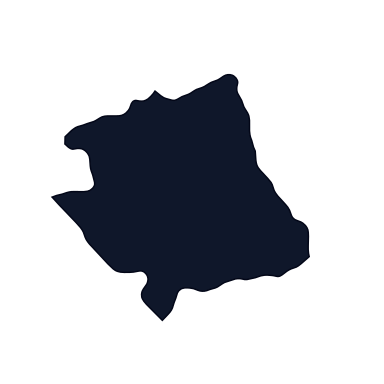 Castillo, Duarte, Dominican Republic (Mercator projection), rotated 46°
{"feature_id": "3306468B31891639272972", "entity_name": "Castillo", "entity_type": "district", "adm_level": 2, "iso_a3": "DOM", "parent_name": "Dominican Republic", "parent_adm1": "Duarte", "projection": "mercator", "projection_center": [-70.034, 19.235], "detail": "fine", "context": "isolated", "style": "filled", "palette": "ink", "viewbox_px": 384, "rotation_deg": 46, "n_neighbors": 0, "source": "geoboundaries", "source_scale": "gbopen_adm2", "svg_char_len": 2938}
<svg xmlns="http://www.w3.org/2000/svg" viewBox="0 0 384 384"><g transform="rotate(46 192 192)"><path d="M319.9,152.6L317.2,150.9L314.1,148.4L311.3,145.7L304.8,139.1L301.9,136.5L299.8,135.0L297.5,134.1L295.1,133.7L291.5,133.9L289.2,134.5L285.4,136.3L283.5,137.1L282.4,137.3L280.1,137.4L278.0,136.8L273.1,134.6L269.6,133.7L265.9,133.4L254.5,133.1L250.8,132.6L248.4,132.0L247.4,131.6L242.4,129.2L240.0,128.5L234.8,128.1L224.2,127.9L220.3,127.5L217.8,126.7L215.6,125.5L213.5,124.0L206.5,118.1L202.5,116.6L196.5,113.3L193.3,111.9L191.1,110.6L188.0,108.2L180.3,100.8L177.1,98.5L176.0,97.9L173.7,97.1L169.0,96.1L166.7,95.5L160.6,92.7L152.6,90.6L150.6,89.6L148.9,88.2L147.5,86.7L145.3,83.4L144.6,82.7L143.7,82.1L142.7,81.7L140.6,81.2L138.3,81.3L137.1,81.5L136.0,81.9L134.1,83.1L132.5,84.7L131.3,86.7L130.6,88.9L129.8,93.6L129.2,95.9L126.5,102.0L125.9,104.3L124.6,110.2L123.8,112.4L121.4,117.5L120.8,119.8L119.9,124.5L119.2,126.8L116.5,132.9L115.1,138.3L114.3,140.3L113.7,141.2L112.1,142.6L106.7,145.8L104.6,146.8L101.1,147.6L93.7,148.5L94.3,151.5L94.6,155.3L94.5,159.0L93.9,161.4L93.0,163.5L91.7,165.1L90.2,166.5L87.2,168.7L86.6,169.4L86.2,170.3L85.9,171.2L85.9,172.2L86.3,174.2L88.5,178.7L89.1,181.0L89.3,184.6L88.9,187.0L88.0,189.4L86.6,191.5L84.8,193.5L78.4,200.2L76.8,202.2L75.5,204.5L74.8,206.8L73.8,211.4L73.1,213.7L70.1,219.7L68.2,224.0L65.6,228.9L64.8,231.1L64.4,233.5L64.1,236.0L64.1,244.9L69.2,250.1L73.9,249.8L76.0,249.3L77.0,248.9L77.9,248.4L78.6,247.7L80.9,244.4L82.3,242.9L84.0,241.5L85.0,241.0L86.1,240.6L88.4,240.1L90.8,240.1L92.0,240.3L94.4,240.9L95.5,241.5L97.6,242.9L102.5,247.0L104.5,248.5L106.6,249.7L110.8,251.6L117.3,255.3L118.9,256.7L119.5,257.7L119.9,258.7L120.3,260.9L120.1,263.2L119.9,264.4L118.9,266.6L116.7,269.5L109.7,276.7L108.0,278.5L106.6,280.5L105.4,282.6L103.4,286.8L100.5,291.7L98.5,296.2L109.3,296.5L133.2,296.6L140.1,296.9L142.8,297.3L145.4,298.0L150.4,300.3L152.7,301.1L155.4,301.6L158.2,301.9L185.4,302.4L192.5,302.1L195.2,301.6L196.5,301.1L197.7,300.5L199.9,299.1L202.8,296.5L206.5,292.6L209.0,289.6L212.1,284.9L213.5,283.3L215.4,282.3L216.5,282.0L218.7,281.9L221.0,282.3L222.1,282.8L224.0,284.0L225.4,285.7L226.5,287.6L226.9,288.7L228.0,294.3L228.7,296.5L229.2,297.5L230.5,299.3L232.3,300.8L233.2,301.4L234.5,301.9L237.1,302.5L241.2,302.8L263.7,302.5L263.3,293.7L263.1,291.2L262.6,288.8L261.8,286.6L259.1,281.7L257.1,277.4L254.5,272.7L253.9,270.5L253.9,269.3L254.2,266.9L254.7,265.8L256.0,263.7L257.7,261.9L259.6,260.2L262.6,258.0L266.8,256.0L268.8,254.9L270.5,253.5L272.0,251.8L273.2,249.9L274.6,246.7L277.2,241.8L278.0,239.6L279.1,233.7L279.7,231.3L284.7,221.1L286.0,219.4L287.5,217.8L289.2,216.5L291.7,214.8L293.1,213.3L297.6,206.0L300.1,200.7L302.2,197.6L303.9,195.7L306.7,193.2L308.5,191.7L312.0,189.3L312.7,188.6L313.3,187.7L313.7,186.7L314.2,184.6L314.9,178.7L315.4,176.4L316.1,174.2L318.4,169.2L319.0,166.8L319.4,163.1L319.9,152.6Z" fill="#0f172a" stroke="#020617" stroke-width="1.5"/></g></svg>